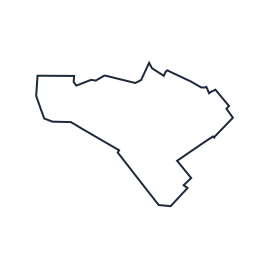 Androscoggin, Maine, United States of America (Robinson projection), rotated 283°
{"feature_id": "52423323B83969208679502", "entity_name": "Androscoggin", "entity_type": "district", "adm_level": 2, "iso_a3": "USA", "parent_name": "United States of America", "parent_adm1": "Maine", "projection": "robinson", "projection_center": [-70.183, 44.198], "detail": "fine", "context": "isolated", "style": "outline", "palette": "slate", "viewbox_px": 256, "rotation_deg": 283, "n_neighbors": 0, "source": "geoboundaries", "source_scale": "gbopen_adm2", "svg_char_len": 719}
<svg xmlns="http://www.w3.org/2000/svg" viewBox="0 0 256 256"><g transform="rotate(283 128 128)"><path d="M193.0,153.2L191.2,152.0L186.9,151.1L191.6,138.0L196.2,133.9L177.7,130.0L173.5,125.0L173.9,96.1L173.8,93.2L167.0,86.0L166.6,81.2L157.7,68.1L160.6,64.7L166.6,63.8L158.6,28.1L138.6,31.3L128.2,37.9L118.4,44.2L117.2,53.0L120.9,71.0L116.4,85.0L104.3,124.3L101.8,123.5L85.8,143.2L83.0,146.6L69.3,163.5L59.8,175.3L61.2,185.1L61.4,187.1L82.9,199.5L84.8,195.1L93.5,200.8L107.1,183.2L130.9,205.1L138.9,212.7L138.0,214.1L139.8,214.8L161.6,227.9L168.9,219.6L172.1,221.5L185.0,204.5L181.4,200.1L180.1,199.2L185.7,195.1L184.7,193.7L184.0,190.2L187.5,178.6L193.0,153.2Z" fill="none" stroke="#1e293b" stroke-width="2"/></g></svg>